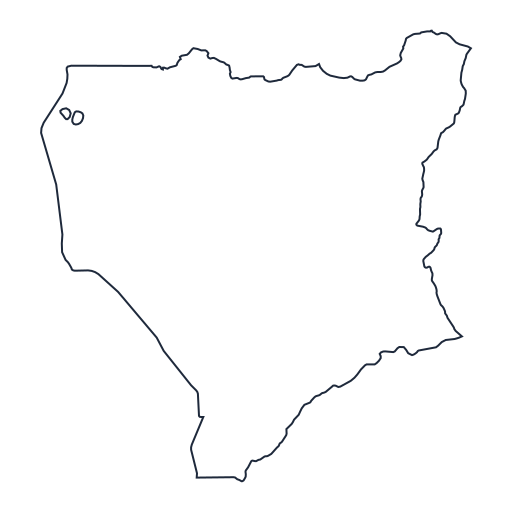 the border of Niassa
{"feature_id": "MOZ-1199", "entity_name": "Niassa", "entity_type": "Province", "adm_level": 1, "iso_a3": "MOZ", "parent_name": "Mozambique", "parent_adm1": "", "projection": "albers", "projection_center": [37.064, -13.372], "detail": "fine", "context": "isolated", "style": "outline", "palette": "slate", "viewbox_px": 512, "rotation_deg": 0, "n_neighbors": 0, "source": "natural_earth", "source_scale": "10m", "svg_char_len": 5881}
<svg xmlns="http://www.w3.org/2000/svg" viewBox="0 0 512 512"><path d="M431.8,30.7L432.5,32.0L433.8,32.5L435.9,34.0L437.1,34.4L438.3,34.2L440.6,33.2L441.6,32.9L446.5,33.7L450.2,36.3L455.9,42.4L459.6,44.3L467.8,46.5L470.9,48.3L466.9,53.8L466.4,54.7L465.7,58.1L464.4,61.2L463.8,64.2L463.0,65.6L462.7,66.4L462.2,69.7L461.4,72.7L460.7,80.3L460.8,81.2L461.4,83.6L461.9,84.8L463.1,87.0L464.1,88.1L465.7,90.7L465.8,93.6L465.0,98.9L464.3,101.0L463.6,104.3L463.4,104.8L462.0,106.2L460.7,107.0L460.4,107.4L460.2,107.9L459.7,110.4L458.8,112.8L457.9,113.6L455.4,114.7L455.0,115.7L454.7,117.2L454.4,120.9L454.2,122.5L453.8,123.5L450.0,126.6L448.7,127.4L446.2,128.5L445.5,129.2L444.3,130.7L443.0,132.1L441.1,133.2L440.3,135.7L438.8,139.5L438.3,141.3L437.5,147.9L437.0,148.8L436.6,149.4L434.7,150.4L433.6,151.4L431.7,154.0L428.7,156.9L426.9,159.5L426.1,160.2L424.4,161.5L422.5,162.6L422.3,163.1L422.3,163.9L423.3,166.1L423.9,167.2L424.1,168.9L424.1,170.7L423.7,172.5L423.4,173.6L422.3,178.7L422.6,180.1L423.4,182.1L423.6,186.9L423.5,187.6L422.2,190.1L422.0,190.7L421.9,191.3L422.2,194.5L422.0,195.8L421.6,196.8L420.9,197.6L420.6,198.4L420.5,199.4L420.7,201.5L420.3,204.1L420.4,207.0L420.0,208.9L420.0,209.9L420.1,213.5L420.1,214.6L419.7,216.3L419.5,219.1L419.3,219.7L418.8,220.7L416.5,223.6L416.3,224.1L416.4,224.7L417.0,225.4L417.7,225.7L423.0,226.7L425.2,227.5L426.1,228.1L427.1,229.3L427.9,230.0L428.3,230.3L430.0,230.9L432.4,231.5L432.7,231.6L433.2,231.5L436.9,229.0L437.9,228.6L439.1,228.5L440.3,228.5L440.7,228.9L441.0,229.7L441.2,232.7L441.1,233.6L440.8,234.1L439.8,235.2L439.6,235.7L439.4,238.0L438.6,239.3L438.7,241.1L438.4,242.2L437.4,243.5L436.8,245.2L436.5,245.6L435.3,246.7L434.7,247.5L434.2,249.3L433.6,250.2L431.1,252.8L429.7,253.6L427.8,255.3L425.7,256.9L423.8,259.1L423.4,259.9L423.3,261.1L424.2,265.6L424.4,266.5L424.8,267.1L425.8,267.7L426.4,267.7L427.0,267.6L428.4,266.8L429.5,266.7L430.0,267.1L430.5,267.8L431.1,270.4L431.8,272.1L432.4,273.3L432.5,275.2L431.8,279.2L431.9,280.6L432.3,281.3L433.8,283.4L435.3,285.9L435.8,287.1L436.4,289.1L436.6,290.3L436.7,291.3L436.5,292.6L436.7,294.0L437.3,296.0L440.5,304.3L441.0,305.1L442.5,306.5L443.5,307.9L444.8,310.8L445.1,311.9L445.1,313.2L445.5,313.9L446.8,315.6L447.5,317.8L453.5,326.9L454.0,327.9L454.3,329.0L455.7,331.0L461.9,336.4L458.7,337.8L454.6,339.0L445.7,340.0L441.7,342.1L438.1,345.7L436.0,347.3L418.7,350.5L417.7,351.1L417.0,352.2L415.4,353.5L413.6,354.6L412.0,355.1L408.2,353.2L406.1,349.8L403.8,347.1L399.3,347.0L397.5,348.2L394.8,351.4L393.3,352.1L385.2,351.4L383.2,351.5L381.0,352.4L379.7,353.9L380.7,356.1L380.7,358.1L379.0,360.7L376.6,363.1L374.7,364.4L366.6,364.4L365.0,365.3L361.0,369.4L357.3,374.5L354.4,377.8L350.8,380.8L340.3,386.6L338.3,387.0L335.7,385.7L334.5,385.5L333.2,385.6L332.6,386.0L332.3,386.4L325.6,392.0L323.6,392.8L322.3,393.0L321.4,393.6L319.7,395.0L318.7,395.4L316.5,396.0L315.5,396.4L314.2,397.5L311.2,400.8L310.6,401.9L309.9,402.6L304.4,404.8L301.7,408.4L300.1,411.7L298.7,414.8L294.1,419.6L293.4,421.0L293.1,421.7L291.8,423.8L286.4,429.1L286.6,433.6L286.2,435.2L282.0,441.7L281.3,442.4L279.8,443.4L279.4,444.2L278.9,445.6L278.4,446.3L277.0,447.5L271.3,453.9L268.1,455.8L267.0,456.2L265.2,456.3L264.4,456.6L260.3,459.5L258.4,459.9L256.2,461.1L254.9,461.1L252.5,460.6L251.8,460.8L251.3,461.2L251.0,461.7L248.1,467.3L246.0,470.2L245.7,470.7L245.5,471.8L245.8,474.2L245.7,476.4L245.4,477.3L244.8,478.4L243.6,480.4L242.7,481.0L241.9,481.3L241.3,481.1L239.4,480.0L237.2,479.2L235.1,477.5L233.5,477.2L196.7,477.6L197.0,473.3L191.1,449.7L191.1,447.3L191.8,444.6L203.3,417.0L201.1,417.0L199.7,416.8L199.0,415.9L197.9,393.7L197.3,391.9L196.1,390.3L191.1,385.3L163.7,350.9L156.7,337.6L118.1,291.9L98.4,274.1L95.1,272.1L91.7,270.9L88.1,270.4L74.9,270.7L73.3,270.4L72.2,269.8L71.8,269.4L71.7,268.8L71.2,267.6L69.1,263.9L67.9,262.2L65.6,259.9L62.1,252.2L61.8,243.5L62.4,234.5L56.2,184.5L41.1,132.9L41.5,128.1L43.7,122.7L62.5,93.5L66.6,83.0L67.3,78.8L67.5,74.5L66.7,69.9L66.7,68.0L67.7,66.6L71.3,65.7L147.3,65.9L151.6,65.8L151.8,66.3L152.5,67.0L153.5,67.3L156.5,67.4L159.0,66.3L159.4,66.3L160.4,67.0L160.9,67.8L161.2,68.6L161.7,69.1L162.9,69.5L163.0,67.7L164.1,67.6L165.8,68.3L167.5,68.7L169.9,67.3L175.7,65.8L176.7,65.1L177.4,62.9L178.3,61.5L179.4,60.0L180.7,59.2L179.9,56.9L181.8,55.7L187.0,54.8L188.8,53.3L192.1,49.2L193.4,48.2L197.7,49.0L201.3,50.4L205.2,50.3L206.6,51.0L208.4,53.2L207.5,55.6L208.4,57.6L210.3,58.6L212.4,58.0L213.9,57.9L216.0,58.9L219.8,61.2L220.9,61.6L223.2,62.2L224.2,62.6L226.4,64.6L227.4,64.8L229.1,65.6L229.6,67.6L229.9,70.0L230.6,72.1L229.9,73.7L230.3,75.9L231.2,77.8L232.4,78.6L236.7,77.9L237.9,78.1L239.5,79.1L240.6,79.4L242.1,79.2L245.9,78.1L249.2,77.6L250.4,76.6L250.9,76.4L263.1,76.3L263.9,76.9L264.5,79.4L265.2,80.0L268.4,81.5L270.2,81.7L276.7,80.6L278.2,80.1L281.0,79.8L281.8,79.3L282.3,78.6L283.3,77.8L287.2,76.3L288.4,75.6L289.3,74.8L292.2,70.5L296.9,64.9L298.6,64.3L299.6,64.8L301.7,64.9L304.3,66.6L305.8,66.9L315.4,66.1L316.4,65.6L319.0,64.0L320.2,67.2L323.0,70.8L326.7,73.8L330.3,75.6L339.2,77.6L343.7,78.1L347.4,77.7L350.1,76.4L351.0,76.3L352.2,76.9L354.1,78.8L354.9,79.3L360.1,80.7L362.4,80.7L364.4,80.4L365.1,80.0L366.0,79.3L367.2,76.8L368.0,75.4L369.2,74.9L371.4,74.4L375.2,72.4L377.4,72.0L380.7,72.0L383.0,71.6L384.9,70.5L389.5,66.8L397.1,63.4L399.3,61.9L400.6,60.7L401.4,59.3L401.2,58.0L400.6,56.7L400.2,55.3L400.8,52.9L403.3,48.5L403.1,46.6L404.1,45.3L405.7,40.5L406.0,38.9L406.7,38.0L413.3,34.3L415.0,33.9L419.2,33.6L420.2,33.4L421.2,32.4L427.1,31.4L430.3,31.4L430.6,31.0L431.1,30.7L431.8,30.7ZM75.8,124.5L78.1,124.1L80.3,122.9L81.9,120.9L83.0,118.2L83.3,115.5L82.4,113.4L80.8,112.3L78.4,111.5L76.2,111.4L74.8,112.3L72.9,117.0L72.3,119.5L72.3,121.7L73.7,123.9L75.8,124.5ZM62.5,109.1L60.3,110.9L60.6,112.7L63.4,115.8L64.7,117.7L66.1,119.1L67.6,119.1L69.7,117.0L70.7,113.3L69.2,110.0L66.2,108.3L62.5,109.1Z" fill="none" stroke="#1e293b" stroke-width="2"/></svg>